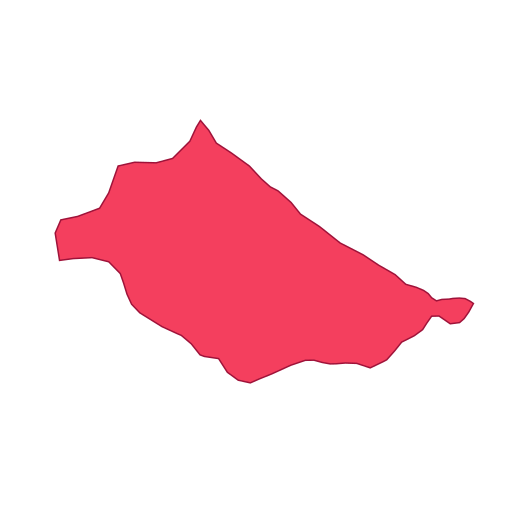 Zygi, Larnaca, Cyprus, rotated 248°
{"feature_id": "46923920B52343832655333", "entity_name": "Zygi", "entity_type": "district", "adm_level": 2, "iso_a3": "CYP", "parent_name": "Cyprus", "parent_adm1": "Larnaca", "projection": "orthographic", "projection_center": [33.335, 34.731], "detail": "fine", "context": "isolated", "style": "filled", "palette": "rose", "viewbox_px": 512, "rotation_deg": 248, "n_neighbors": 0, "source": "geoboundaries", "source_scale": "gbopen_adm2", "svg_char_len": 1187}
<svg xmlns="http://www.w3.org/2000/svg" viewBox="0 0 512 512"><g transform="rotate(248 256 256)"><path d="M130.5,439.8L133.6,437.8L138.2,433.9L140.8,428.8L142.9,422.7L143.7,418.9L146.1,412.1L146.8,406.5L151.5,403.2L156.6,401.6L161.3,398.5L167.0,392.8L173.6,384.3L186.6,378.0L201.5,366.3L216.8,355.9L236.5,338.9L259.5,325.9L278.2,312.9L292.4,308.6L308.0,300.9L314.8,295.1L325.5,289.8L341.8,283.6L360.5,271.9L375.5,261.5L390.2,259.3L397.8,256.8L402.5,255.3L397.9,249.1L387.2,237.7L377.7,215.2L379.8,198.3L388.4,178.5L391.1,161.9L369.7,143.1L358.9,128.9L359.5,105.5L362.6,88.6L352.5,78.4L325.5,72.2L322.1,85.5L315.9,103.4L305.8,117.3L290.5,123.6L280.4,123.1L268.9,122.1L257.9,122.6L246.8,127.0L225.7,142.4L213.5,153.9L210.4,157.0L198.8,163.1L185.3,167.1L182.2,170.5L174.9,182.9L158.9,185.9L147.5,193.0L140.5,203.2L140.8,213.7L140.8,226.6L141.7,247.3L140.8,262.7L137.7,270.7L132.5,277.5L128.2,284.3L126.1,289.8L123.3,298.8L118.7,309.2L109.5,320.0L110.4,334.4L110.8,338.3L113.7,344.2L116.1,349.0L121.6,358.8L122.8,373.0L125.3,382.9L129.8,389.2L134.4,396.3L131.8,403.2L120.4,410.7L118.0,419.8L120.0,425.5L124.3,432.2L130.5,439.8Z" fill="#f43f5e" stroke="#9f1239" stroke-width="1.5"/></g></svg>